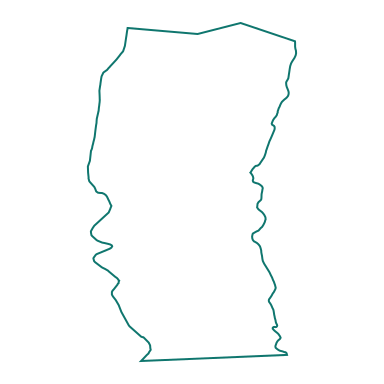 Pomme, Laborie, Saint Lucia
{"feature_id": "8701671B10960716544692", "entity_name": "Pomme", "entity_type": "district", "adm_level": 2, "iso_a3": "LCA", "parent_name": "Saint Lucia", "parent_adm1": "Laborie", "projection": "orthographic", "projection_center": [-60.981, 13.758], "detail": "fine", "context": "isolated", "style": "outline", "palette": "teal", "viewbox_px": 384, "rotation_deg": 0, "n_neighbors": 0, "source": "geoboundaries", "source_scale": "gbopen_adm2", "svg_char_len": 4792}
<svg xmlns="http://www.w3.org/2000/svg" viewBox="0 0 384 384"><path d="M287.0,354.9L286.6,353.3L286.0,352.6L285.4,352.2L284.7,352.2L282.6,351.4L279.8,350.7L278.5,350.0L277.1,349.0L275.7,347.8L275.4,346.8L275.5,345.7L276.0,344.4L276.5,342.9L277.3,341.5L278.0,340.6L278.9,339.8L279.9,339.0L280.6,337.8L280.1,336.5L279.3,335.3L278.3,333.9L277.1,332.8L275.2,331.3L273.9,330.1L272.7,328.7L272.8,327.7L273.5,327.1L274.3,326.9L275.4,327.1L276.2,327.0L276.9,326.4L277.2,325.6L276.9,324.5L276.3,323.5L275.8,322.0L275.5,320.2L274.8,317.8L274.6,316.5L274.2,314.8L273.9,312.7L273.6,310.9L273.3,309.6L272.6,308.3L271.7,306.2L271.1,304.9L270.2,303.4L269.1,301.9L268.8,300.9L268.9,299.8L269.2,299.1L269.9,298.2L270.8,296.9L271.7,295.5L272.8,293.4L273.7,292.3L274.4,291.0L275.3,289.2L275.7,287.9L275.6,287.3L275.3,286.2L275.0,284.9L274.5,283.6L273.9,281.8L273.0,280.0L272.1,277.6L270.8,275.1L269.5,272.3L267.9,269.7L266.9,268.1L265.6,266.0L264.5,264.3L263.6,262.6L262.8,260.9L262.4,258.9L262.0,255.8L261.6,254.0L261.3,252.3L261.2,250.5L260.7,248.5L260.0,246.4L259.0,245.0L258.1,244.0L256.8,242.9L254.9,241.8L253.9,241.3L252.8,239.9L252.3,238.4L252.1,236.6L252.4,235.0L252.8,233.6L255.0,232.3L256.6,231.4L257.9,230.9L258.6,230.5L260.7,228.1L262.1,226.9L263.2,225.2L264.1,223.5L264.8,222.0L265.3,220.1L265.6,219.5L265.5,217.8L265.3,217.0L264.3,215.0L263.3,213.6L262.1,212.2L260.7,211.1L259.0,209.8L258.1,208.9L257.1,207.4L257.2,206.8L257.4,205.2L257.5,203.9L258.1,202.8L258.7,201.9L259.4,201.4L260.0,200.8L260.7,200.2L261.2,199.5L261.4,198.4L261.5,196.9L261.5,195.8L261.6,194.0L261.9,192.6L262.2,191.2L262.4,189.7L262.7,188.5L262.7,187.9L262.2,186.7L261.6,186.0L260.5,185.1L259.4,184.3L258.1,183.6L256.9,183.3L255.5,182.9L254.1,182.4L253.2,181.8L252.8,180.8L252.9,179.9L253.3,178.6L253.3,178.0L253.1,177.1L252.7,175.9L252.3,175.2L251.3,173.7L250.4,172.6L250.7,172.3L251.6,170.7L252.7,169.0L253.9,167.7L254.5,166.9L255.6,166.0L256.2,165.8L257.0,165.8L258.0,165.4L259.6,164.1L260.4,162.8L261.9,160.6L262.9,159.1L263.9,157.7L264.7,155.8L265.2,154.4L265.8,152.5L266.1,150.8L266.8,148.9L267.6,146.5L268.5,144.1L269.4,141.4L270.4,139.3L271.5,136.8L272.1,135.4L273.1,133.0L274.1,130.6L274.5,129.6L274.7,128.2L274.6,126.9L274.0,125.9L273.1,125.3L272.1,124.7L271.7,123.7L272.2,122.2L272.7,121.0L273.2,119.9L274.3,118.3L274.8,117.7L275.5,117.0L276.3,115.9L276.9,114.9L277.1,113.9L277.7,112.5L277.7,111.2L278.1,110.4L278.2,109.9L278.8,108.1L279.6,106.7L280.1,105.3L281.0,103.4L281.9,101.9L283.1,100.7L284.5,99.4L285.7,98.5L286.9,97.4L288.1,95.8L288.6,94.1L288.7,92.8L288.5,91.5L288.3,90.9L288.1,90.3L287.4,88.5L286.8,87.1L286.3,85.2L286.1,82.8L286.4,81.7L287.5,79.9L288.3,78.4L288.6,76.6L288.8,75.1L289.3,71.8L289.7,69.0L290.2,66.1L290.7,64.6L291.1,63.4L291.8,62.1L292.4,61.1L293.3,59.7L294.3,58.2L295.1,56.6L295.7,55.2L296.1,53.3L296.0,51.5L295.9,50.5L295.4,48.8L295.3,48.0L295.1,46.7L295.1,45.8L295.1,44.1L295.1,42.7L295.0,41.3L244.5,24.3L243.8,24.1L240.6,23.0L197.6,34.0L127.6,28.0L127.5,28.6L127.5,29.0L127.1,30.9L126.4,35.9L126.1,37.7L124.9,45.9L123.1,51.3L120.5,54.3L119.9,55.2L116.5,59.5L113.0,63.3L110.3,66.2L109.8,66.8L109.5,67.2L108.8,67.8L107.1,69.9L104.0,72.1L103.3,72.7L103.1,73.2L101.6,76.3L101.2,78.4L100.5,83.2L100.3,85.0L100.1,85.9L99.4,90.7L99.6,95.1L99.7,98.1L99.7,99.4L99.8,99.7L99.6,102.4L99.4,103.8L99.2,105.7L98.9,107.7L98.6,111.0L98.4,111.3L98.4,111.7L96.8,118.7L96.6,120.9L96.5,123.0L96.1,125.2L95.5,129.7L95.4,130.5L94.7,136.6L94.6,137.0L94.6,137.3L94.5,137.7L94.3,138.2L94.3,138.7L93.3,142.5L93.2,143.2L92.4,146.2L92.1,148.1L91.7,149.3L91.5,149.8L91.0,150.8L89.9,160.8L87.9,166.4L87.9,167.1L88.1,172.6L88.6,177.5L88.5,178.2L89.2,181.0L89.7,181.8L94.1,186.7L94.4,187.1L95.1,188.5L96.1,191.2L96.4,191.6L98.0,192.7L99.6,192.9L101.2,193.0L102.0,193.0L102.5,193.2L104.0,193.8L105.4,194.8L105.7,195.0L106.8,196.4L107.3,197.3L108.5,199.9L109.2,201.2L110.3,203.9L111.4,205.9L110.4,208.4L110.2,209.1L109.6,210.4L108.7,212.5L94.3,225.7L92.8,227.9L91.9,229.5L90.9,231.3L91.0,232.9L91.5,235.3L92.3,236.2L96.6,240.1L97.6,240.7L102.2,242.6L104.4,243.0L108.2,243.9L110.3,244.5L111.8,245.4L112.0,245.8L112.2,246.3L111.4,247.6L110.5,248.3L110.1,248.4L109.8,248.7L97.0,254.0L96.4,254.3L95.7,254.9L93.6,257.8L93.4,258.4L94.1,261.1L95.1,262.2L101.8,267.3L103.1,268.0L104.8,268.8L108.1,270.7L108.5,271.2L115.3,276.9L116.8,277.9L118.0,279.2L118.2,279.7L119.2,280.7L118.7,281.7L118.6,283.1L117.8,283.8L117.5,284.6L115.3,287.4L113.9,289.2L112.6,290.6L111.9,292.0L111.9,294.6L112.9,296.4L115.7,300.0L118.7,305.1L121.2,311.5L121.4,312.0L128.8,325.4L129.6,326.4L140.2,335.8L141.2,336.7L142.7,337.2L143.2,337.2L143.8,337.6L148.8,342.7L149.1,343.5L149.4,343.9L150.1,345.4L150.3,347.8L150.3,348.1L150.7,349.8L148.8,352.6L148.6,353.4L146.9,354.9L141.1,361.0L287.0,354.9Z" fill="none" stroke="#0f766e" stroke-width="2"/></svg>